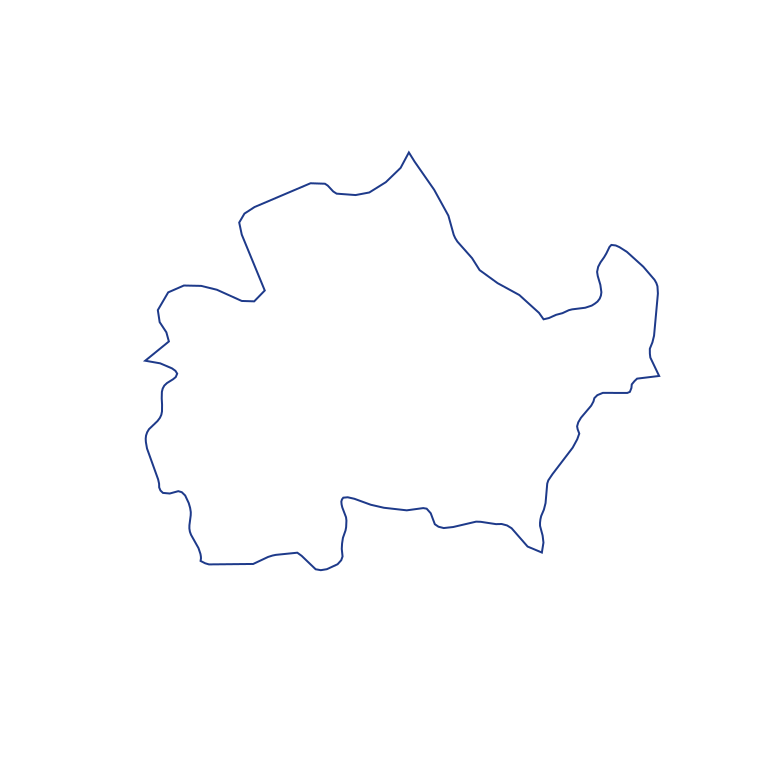 map outline of Isernia (Robinson projection), rotated 217°
{"feature_id": "ITA-5402", "entity_name": "Isernia", "entity_type": "Province", "adm_level": 1, "iso_a3": "ITA", "parent_name": "Italy", "parent_adm1": "", "projection": "robinson", "projection_center": [14.21, 41.647], "detail": "fine", "context": "isolated", "style": "outline", "palette": "blue", "viewbox_px": 768, "rotation_deg": 217, "n_neighbors": 0, "source": "natural_earth", "source_scale": "10m", "svg_char_len": 2506}
<svg xmlns="http://www.w3.org/2000/svg" viewBox="0 0 768 768"><g transform="rotate(217 384 384)"><path d="M588.7,258.9L581.4,288.5L588.9,294.3L600.4,298.4L609.1,306.9L611.5,327.3L603.1,342.2L589.1,352.3L574.2,358.7L547.6,364.7L537.4,371.9L535.5,386.9L587.5,417.7L596.8,425.8L598.0,436.1L593.9,447.4L563.5,500.1L551.7,508.4L548.3,508.6L540.4,507.2L536.4,507.5L520.4,517.8L511.0,528.1L504.0,546.3L500.8,566.6L503.5,583.9L493.4,580.0L460.8,569.3L433.9,557.2L418.1,545.1L415.0,543.4L411.1,541.9L389.4,537.5L376.2,532.5L354.0,532.9L329.5,536.5L303.0,534.1L295.5,531.7L292.0,535.9L288.2,542.8L284.1,548.0L280.8,554.2L278.7,556.8L269.2,566.0L265.3,571.6L264.0,575.0L263.1,578.3L263.1,582.0L264.0,585.2L265.6,588.1L270.9,593.4L278.3,598.9L281.3,601.8L283.5,606.5L284.3,611.4L284.5,617.7L285.0,622.1L286.4,629.2L286.1,631.9L282.3,634.1L278.3,635.0L269.5,635.7L247.4,633.7L230.6,630.0L227.2,628.5L224.4,626.6L219.7,621.1L197.4,585.1L194.7,578.8L192.9,572.1L189.9,568.2L187.2,565.4L169.1,556.0L185.1,540.6L185.7,537.1L185.9,532.8L184.0,529.7L182.9,525.7L184.3,523.3L203.9,508.6L206.9,503.5L207.5,499.3L206.2,496.1L205.5,491.4L206.4,475.6L205.8,470.3L204.3,466.4L202.1,464.4L198.2,461.9L196.4,456.1L195.0,446.7L195.2,413.2L194.8,405.9L193.7,402.7L183.3,386.1L180.7,379.9L179.0,373.1L177.6,370.0L175.9,367.1L174.0,364.6L166.1,358.4L161.2,353.3L156.5,344.4L171.5,340.6L195.3,345.6L200.6,345.1L205.8,343.0L210.2,339.5L223.9,332.1L227.6,329.5L242.7,311.4L249.6,304.9L254.6,302.8L259.0,302.6L268.9,308.9L274.9,310.1L278.0,308.5L289.8,296.8L309.6,285.1L321.9,279.6L338.6,274.5L344.8,271.7L348.1,268.7L348.1,266.5L347.3,264.4L345.4,262.3L343.0,260.3L334.1,254.7L331.8,252.3L328.1,246.9L326.6,243.9L324.2,236.4L321.5,231.4L318.5,226.9L313.3,221.3L312.1,217.5L312.6,212.1L318.2,201.7L322.4,197.3L327.1,194.9L346.4,197.2L351.7,197.1L367.6,182.4L369.8,179.9L372.5,176.1L380.2,161.5L381.7,160.4L381.8,160.3L415.2,134.6L418.9,133.2L424.0,132.3L425.3,134.7L426.6,136.2L428.3,137.8L433.4,141.3L447.3,147.4L450.1,149.2L452.5,151.5L454.4,154.1L459.4,162.9L461.2,165.4L464.3,168.4L468.3,171.4L475.7,175.3L480.4,175.9L483.8,174.6L489.2,167.6L495.0,164.0L498.4,164.4L501.3,166.1L503.6,169.0L507.0,171.9L534.5,189.9L539.3,194.4L541.4,196.9L543.0,199.6L544.1,202.9L544.5,206.5L542.6,218.1L542.6,222.1L543.3,225.4L544.8,228.5L548.7,233.8L552.9,238.8L556.7,244.1L558.0,247.2L558.5,250.5L557.9,254.1L555.3,260.9L554.5,264.2L555.4,267.8L558.5,269.0L562.7,268.9L575.2,265.8L588.7,258.9Z" fill="none" stroke="#1e3a8a" stroke-width="2"/></g></svg>